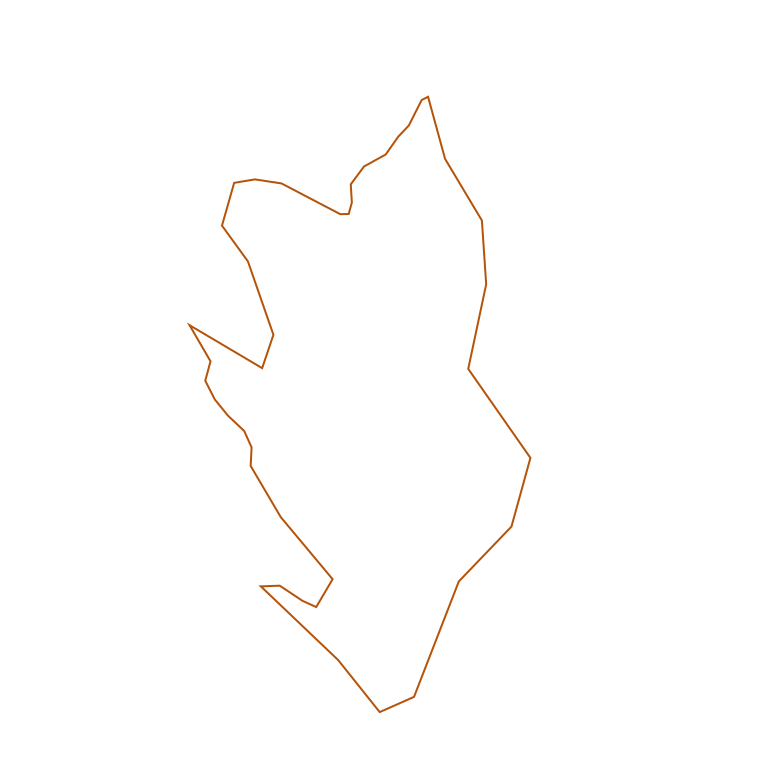 Vilanu, Equal Earth projection, rotated 47°
{"feature_id": "LVA-5753", "entity_name": "Vilanu", "entity_type": "Municipality", "adm_level": 1, "iso_a3": "LVA", "parent_name": "Latvia", "parent_adm1": "", "projection": "equal_earth", "projection_center": [26.851, 56.564], "detail": "fine", "context": "isolated", "style": "outline", "palette": "amber", "viewbox_px": 768, "rotation_deg": 47, "n_neighbors": 0, "source": "natural_earth", "source_scale": "10m", "svg_char_len": 669}
<svg xmlns="http://www.w3.org/2000/svg" viewBox="0 0 768 768"><g transform="rotate(47 384 384)"><path d="M300.7,519.7L280.0,518.3L259.7,512.5L249.1,495.4L208.4,486.1L289.3,462.3L272.6,431.3L201.5,399.9L157.7,394.5L134.7,356.4L146.3,338.9L167.4,322.2L229.9,300.2L235.6,293.9L229.4,283.8L215.3,272.1L211.3,250.3L217.3,226.2L212.8,204.8L211.9,189.6L202.0,162.8L204.0,155.9L261.0,185.8L331.2,200.9L380.8,241.3L430.4,312.1L537.9,327.3L575.2,388.0L579.4,463.9L633.3,575.4L621.0,610.9L554.7,605.8L448.0,612.1L460.4,597.8L487.0,591.5L500.9,585.7L491.7,554.7L411.0,550.3L353.0,537.4L340.1,524.1L323.2,518.3L300.7,519.7Z" fill="none" stroke="#b45309" stroke-width="2"/></g></svg>